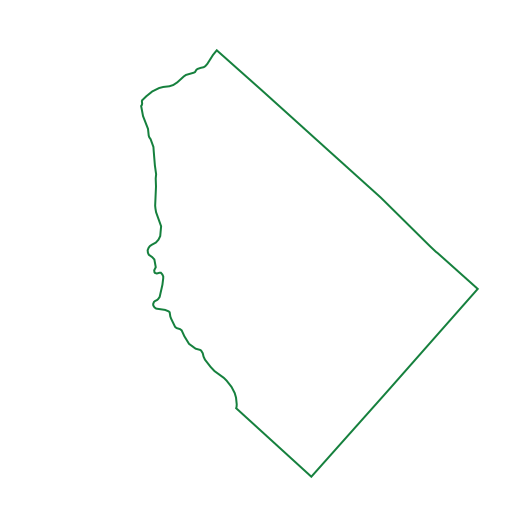 Pierce, Wisconsin, United States of America (Albers equal-area conic projection), rotated 42°
{"feature_id": "52423323B27488626523847", "entity_name": "Pierce", "entity_type": "district", "adm_level": 2, "iso_a3": "USA", "parent_name": "United States of America", "parent_adm1": "Wisconsin", "projection": "albers", "projection_center": [-92.581, 44.701], "detail": "fine", "context": "isolated", "style": "outline", "palette": "green", "viewbox_px": 512, "rotation_deg": 42, "n_neighbors": 0, "source": "geoboundaries", "source_scale": "gbopen_adm2", "svg_char_len": 1431}
<svg xmlns="http://www.w3.org/2000/svg" viewBox="0 0 512 512"><g transform="rotate(42 256 256)"><path d="M442.8,132.1L389.0,132.3L386.9,132.5L378.7,132.3L309.5,129.1L241.2,129.1L150.2,129.0L89.2,129.4L89.5,135.4L91.3,145.9L91.3,148.9L90.8,150.7L89.0,153.2L87.4,156.1L87.1,157.5L87.6,160.1L87.1,161.4L82.8,168.3L82.2,170.8L81.3,179.7L80.1,184.3L78.0,187.9L74.0,192.4L71.6,196.0L68.8,203.1L67.6,210.6L67.2,216.5L67.6,217.3L69.4,218.9L70.1,220.1L70.2,220.9L70.3,221.4L78.4,227.6L90.7,233.8L95.7,238.3L97.3,239.2L99.5,239.7L106.8,243.6L109.7,246.4L120.2,256.3L127.1,262.1L129.6,265.5L135.2,271.3L147.4,286.1L149.5,288.0L152.4,290.3L165.6,297.4L171.5,305.3L172.6,309.1L172.6,313.0L171.0,317.5L170.5,319.7L170.7,321.7L171.6,324.2L173.5,325.9L175.5,326.8L179.6,326.3L182.8,326.6L189.0,331.4L189.9,334.7L191.4,336.0L192.2,336.2L194.0,335.4L195.5,333.0L196.5,332.1L198.8,332.4L200.8,333.3L202.0,334.7L205.7,340.0L211.8,350.9L212.1,353.6L211.9,355.0L211.1,357.0L210.9,358.4L211.7,360.5L212.8,361.5L214.9,362.1L217.0,361.9L224.5,356.9L228.1,355.6L229.5,355.6L232.8,358.3L234.9,359.4L243.3,362.8L245.2,362.7L248.4,361.2L250.5,361.0L256.5,363.6L265.0,366.1L273.1,365.3L277.3,363.2L278.5,363.0L281.5,363.9L284.4,365.9L287.5,367.2L296.4,368.8L302.2,369.3L313.8,368.1L317.6,368.3L325.5,369.7L331.9,372.1L335.9,374.6L341.0,379.2L342.5,381.1L343.1,382.4L444.8,383.0L444.2,268.9L442.8,132.1Z" fill="none" stroke="#15803d" stroke-width="2"/></g></svg>